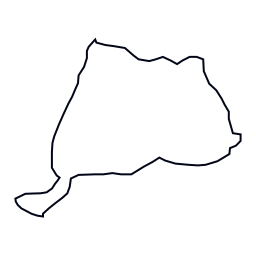 outline of Patriki, Cyprus
{"feature_id": "46923920B77958582681624", "entity_name": "Patriki", "entity_type": "district", "adm_level": 2, "iso_a3": "CYP", "parent_name": "Cyprus", "parent_adm1": "", "projection": "orthographic", "projection_center": [33.984, 35.358], "detail": "fine", "context": "isolated", "style": "outline", "palette": "ink", "viewbox_px": 256, "rotation_deg": 0, "n_neighbors": 0, "source": "geoboundaries", "source_scale": "gbopen_adm2", "svg_char_len": 1084}
<svg xmlns="http://www.w3.org/2000/svg" viewBox="0 0 256 256"><path d="M95.2,39.5L88.7,46.8L86.9,50.9L86.9,58.1L84.0,67.0L78.6,75.4L78.0,83.1L75.1,89.7L72.1,96.8L68.5,103.4L63.8,113.5L59.0,124.3L54.3,136.2L52.5,142.7L51.9,151.7L51.9,157.6L51.9,167.8L56.7,175.5L59.6,177.6L57.2,181.1L55.0,183.8L52.1,188.4L46.7,192.3L40.4,193.3L33.6,193.5L25.3,193.8L20.0,196.4L15.4,198.6L15.8,201.6L17.8,205.0L21.4,208.4L27.5,211.6L31.6,213.8L37.5,215.7L43.0,216.5L43.0,213.7L48.9,208.3L54.9,203.5L62.6,197.6L67.3,193.4L69.7,186.9L70.9,178.5L78.6,174.9L95.8,174.3L103.5,174.3L112.4,173.1L120.8,174.3L131.4,174.3L143.9,166.6L152.8,161.8L159.3,157.6L165.3,160.6L175.4,163.6L188.4,164.8L197.9,165.4L205.6,164.8L217.5,161.2L229.4,154.0L230.0,148.1L235.9,145.7L240.6,140.9L240.6,134.4L232.9,133.2L228.8,118.9L228.8,111.7L224.6,104.6L221.6,98.6L216.3,90.3L209.2,83.7L203.8,71.2L203.2,59.3L196.7,56.9L189.6,56.9L182.5,60.5L177.1,64.1L170.6,60.5L162.9,56.9L155.8,59.3L149.2,61.1L138.6,59.3L133.8,55.7L124.9,48.0L114.2,46.2L105.3,45.0L96.4,42.6L95.2,39.5Z" fill="none" stroke="#020617" stroke-width="2"/></svg>